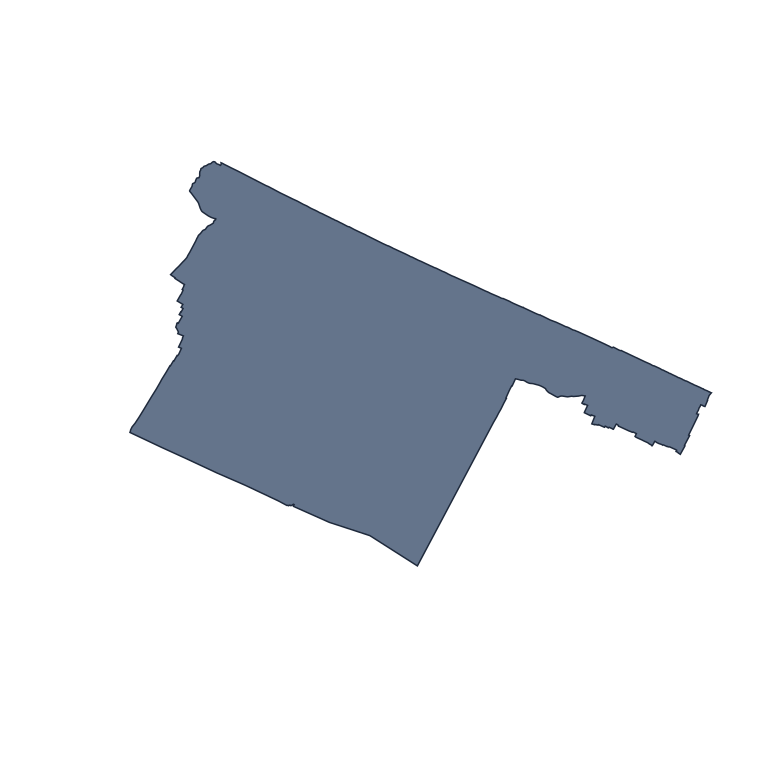 the district of Ranot, Thailand, rotated 308°
{"feature_id": "78962969B50456220611467", "entity_name": "Ranot", "entity_type": "district", "adm_level": 2, "iso_a3": "THA", "parent_name": "Thailand", "parent_adm1": "", "projection": "albers", "projection_center": [100.333, 7.777], "detail": "fine", "context": "isolated", "style": "filled", "palette": "slate", "viewbox_px": 768, "rotation_deg": 308, "n_neighbors": 0, "source": "geoboundaries", "source_scale": "gbopen_adm2", "svg_char_len": 6051}
<svg xmlns="http://www.w3.org/2000/svg" viewBox="0 0 768 768"><g transform="rotate(308 384 384)"><path d="M189.4,213.6L197.1,247.7L202.5,270.2L211.1,307.4L218.6,336.4L226.8,372.6L228.5,382.2L229.1,382.8L229.1,383.1L229.6,383.6L229.5,383.8L230.3,384.1L230.3,384.4L230.7,384.7L230.8,384.9L230.7,385.4L231.4,386.0L233.0,386.4L233.6,386.8L233.6,387.0L233.4,387.1L233.5,387.4L233.1,387.4L232.6,387.8L232.2,387.7L231.8,388.0L241.3,426.1L255.8,466.2L261.2,522.3L421.3,493.9L427.2,493.1L431.8,492.2L436.2,491.6L442.8,490.2L448.1,489.3L448.0,488.7L455.7,486.8L458.6,486.2L461.3,485.8L461.4,486.2L469.0,484.4L470.1,486.6L471.3,489.6L472.4,491.1L472.8,491.8L473.1,492.9L473.4,495.7L474.0,497.9L474.5,498.9L475.6,500.5L476.2,501.6L477.3,504.3L478.3,506.5L478.9,508.5L479.4,510.8L479.8,514.1L479.4,514.9L479.0,516.1L478.7,518.4L478.7,519.5L479.1,521.4L479.9,526.8L480.4,528.9L480.8,529.3L482.9,530.4L484.0,531.5L484.5,532.3L486.2,535.4L487.0,536.7L489.9,539.4L490.8,541.0L494.2,544.7L496.6,546.7L497.2,547.6L498.4,549.9L493.5,551.3L490.8,551.7L490.7,551.8L491.1,554.4L491.6,554.3L492.5,557.6L484.8,559.4L484.7,559.5L486.2,566.5L486.4,566.6L487.2,566.3L487.3,566.4L487.8,568.3L488.4,569.9L488.4,570.0L480.5,572.3L481.5,575.0L482.0,575.0L482.4,576.4L482.9,576.6L483.3,578.0L484.0,578.0L485.6,584.4L485.8,584.5L486.9,584.2L487.0,584.3L487.4,586.1L487.2,586.5L487.5,587.9L487.6,588.0L488.3,587.9L488.5,588.0L489.2,591.1L489.4,591.7L489.3,592.1L489.4,592.5L489.5,592.6L489.8,592.6L495.3,591.7L495.5,591.8L495.5,592.0L495.7,592.8L495.6,593.5L495.7,594.1L495.6,594.3L495.2,594.5L495.1,594.8L495.4,595.6L497.9,606.3L498.2,607.0L498.7,609.0L499.0,609.6L499.5,609.8L500.3,613.4L497.2,614.1L497.2,615.2L497.6,617.2L498.7,621.7L499.2,624.3L500.1,627.9L500.1,629.8L500.5,632.3L500.2,633.1L500.3,633.3L500.5,633.4L503.6,633.0L505.4,632.6L505.7,632.7L505.8,633.6L505.7,634.5L506.3,637.3L506.6,638.2L506.9,638.8L507.4,640.7L507.4,641.2L507.7,641.2L507.9,641.4L508.3,642.8L509.0,645.7L509.3,645.8L509.6,647.0L510.3,647.8L511.8,653.9L512.0,655.4L510.6,655.7L511.0,657.5L511.0,657.8L510.8,658.1L511.0,660.8L520.4,659.3L520.6,659.2L520.5,658.7L520.9,658.5L529.8,656.9L531.5,656.6L531.3,655.5L539.1,653.9L552.1,651.1L553.8,650.5L553.5,650.1L553.0,648.6L555.0,648.1L556.8,647.9L558.9,647.1L561.1,646.9L562.6,646.4L563.1,647.7L563.3,649.2L563.6,650.3L563.8,650.6L563.9,650.8L570.3,649.1L570.3,648.8L571.7,648.3L573.9,647.7L574.8,647.3L576.0,647.3L578.6,647.4L578.3,646.7L578.3,645.6L577.8,644.5L577.8,643.5L576.7,639.7L576.6,639.1L576.8,638.8L576.6,638.6L576.3,637.4L575.8,634.8L575.2,632.6L575.0,631.5L574.3,629.3L573.9,626.8L573.7,626.4L572.7,621.2L572.4,620.2L572.2,619.9L571.9,619.1L571.9,618.4L571.5,617.4L571.4,616.0L570.8,613.5L570.4,612.2L570.1,611.7L570.0,610.2L568.9,605.4L568.7,604.2L568.5,603.1L568.2,602.6L568.0,601.8L568.0,600.9L567.7,600.0L567.6,599.0L567.4,598.7L566.8,595.4L566.4,594.6L566.0,591.6L564.8,586.5L564.6,585.7L564.1,584.8L563.9,584.0L563.6,581.6L562.2,576.1L556.6,551.2L556.6,550.6L555.9,549.8L555.4,548.2L554.3,542.1L554.1,541.9L553.4,541.7L552.9,541.1L552.8,540.9L552.5,538.5L549.2,523.9L544.6,504.6L544.0,502.6L543.8,501.6L542.9,499.5L542.1,494.9L541.7,493.4L541.0,491.8L540.2,488.0L538.7,481.7L536.8,475.7L535.2,467.7L534.6,465.3L534.6,464.6L534.3,464.3L533.6,462.4L532.8,459.3L530.1,447.3L530.2,446.6L530.0,446.3L529.8,446.3L529.7,446.0L528.6,441.8L527.2,436.3L526.6,433.3L526.5,432.2L524.7,425.2L524.2,424.5L523.9,423.7L523.3,420.8L521.0,412.1L520.5,409.4L519.7,406.6L516.8,393.7L513.0,378.6L512.4,376.0L512.2,375.4L511.9,373.9L511.0,370.8L510.0,366.0L510.0,365.4L509.3,362.2L508.9,361.1L507.4,354.0L506.5,351.3L506.4,350.3L505.7,347.8L505.1,344.9L504.8,343.8L503.5,337.9L502.6,334.7L501.3,328.1L500.6,326.2L500.6,325.4L499.6,320.5L498.0,313.8L497.1,309.9L496.5,307.6L496.5,307.1L495.6,302.6L495.2,301.8L494.0,296.8L491.0,282.1L490.9,281.3L490.4,279.4L490.2,277.6L489.0,272.6L487.4,265.3L486.5,259.9L485.8,258.5L484.6,251.8L484.1,249.7L484.0,248.8L483.5,246.2L482.8,244.0L482.8,243.0L482.3,241.4L481.9,238.9L480.6,232.9L480.2,230.7L479.4,227.7L479.0,225.0L477.4,217.9L476.8,213.5L475.9,209.9L474.8,203.2L473.6,198.2L470.7,184.5L468.4,171.3L467.7,168.9L461.8,137.8L460.2,130.3L459.5,126.6L458.8,123.3L458.4,120.7L458.0,119.4L457.5,120.0L457.0,120.3L455.8,120.6L455.6,120.6L455.4,120.4L455.3,118.7L454.7,117.2L454.6,116.5L454.6,115.8L454.9,114.7L454.9,113.9L454.7,113.4L454.4,112.9L454.1,112.6L453.2,112.2L450.9,111.8L449.3,110.4L446.6,109.5L445.0,108.3L444.6,108.1L442.8,108.0L441.5,107.3L441.1,107.2L440.6,107.3L439.6,107.9L438.5,108.0L437.8,108.2L435.9,109.5L434.8,110.5L432.8,111.2L432.4,111.0L431.3,109.9L430.7,109.7L428.3,110.3L427.3,110.8L426.5,110.9L425.8,110.8L424.8,110.2L424.0,109.9L423.3,110.1L422.1,110.8L421.4,111.1L417.6,111.6L416.5,111.9L416.2,112.4L415.8,114.4L412.9,125.1L412.2,126.7L409.4,130.9L408.2,133.3L407.9,134.4L407.9,135.8L408.3,142.1L408.9,145.3L409.9,148.3L410.7,149.6L410.6,149.8L410.1,150.0L409.7,150.1L408.8,149.8L407.5,149.7L406.8,149.9L405.9,150.4L405.5,150.4L402.0,149.1L401.1,148.5L399.7,147.9L397.8,147.9L396.9,148.0L396.3,148.0L395.6,147.9L393.9,146.9L392.9,146.7L389.6,146.7L387.1,146.3L386.1,146.4L385.3,146.7L383.5,146.9L380.8,147.6L368.4,149.8L364.5,150.3L362.3,150.8L358.6,150.6L356.4,150.3L350.2,149.8L347.0,149.3L338.8,148.5L338.8,150.1L339.1,154.2L339.0,154.3L338.5,154.3L338.5,154.5L339.3,164.1L339.6,165.5L338.1,165.8L337.4,166.2L334.2,166.8L334.4,167.7L334.3,167.9L330.1,168.9L329.8,169.0L329.7,168.9L328.8,168.9L322.1,169.9L322.9,176.5L319.5,176.9L319.8,179.2L315.7,179.8L315.7,179.4L312.6,179.9L313.1,183.3L305.2,184.5L305.0,184.4L305.0,183.5L304.8,183.4L303.5,183.7L303.1,184.1L300.6,184.9L299.9,186.9L298.4,190.0L296.7,190.5L298.4,196.3L296.0,196.9L295.9,197.0L295.6,197.4L286.6,199.4L287.4,202.4L281.2,203.9L279.1,203.9L279.0,203.4L272.7,204.3L272.6,203.8L266.7,204.5L266.6,204.1L259.2,205.1L250.8,206.0L247.4,206.6L239.7,207.7L231.0,208.6L214.4,210.6L207.2,211.4L199.8,212.0L195.1,211.9L191.8,212.6L190.3,213.4L189.8,213.4L189.4,213.6Z" fill="#64748b" stroke="#1e293b" stroke-width="1.5"/></g></svg>